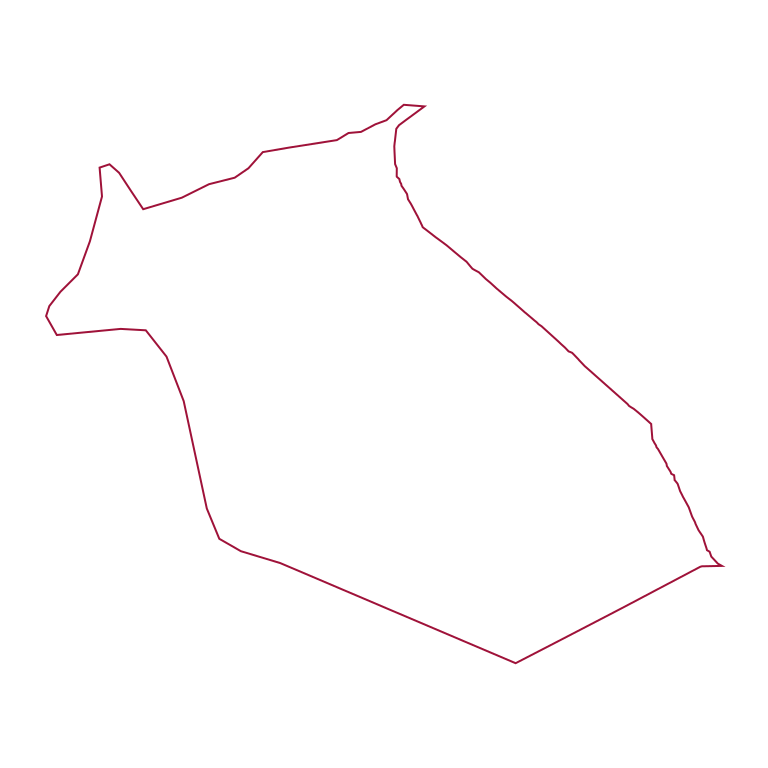 Keilak, South Kordufan, Sudan (orthographic projection)
{"feature_id": "16777658B16982967361933", "entity_name": "Keilak", "entity_type": "district", "adm_level": 2, "iso_a3": "SDN", "parent_name": "Sudan", "parent_adm1": "South Kordufan", "projection": "orthographic", "projection_center": [29.554, 10.642], "detail": "fine", "context": "isolated", "style": "outline", "palette": "rose", "viewbox_px": 768, "rotation_deg": 0, "n_neighbors": 0, "source": "geoboundaries", "source_scale": "gbopen_adm2", "svg_char_len": 2652}
<svg xmlns="http://www.w3.org/2000/svg" viewBox="0 0 768 768"><path d="M524.6,312.2L524.1,311.7L520.6,308.6L512.1,301.2L506.7,297.0L505.6,296.1L496.5,288.4L490.4,282.8L485.8,279.0L485.0,278.2L478.9,272.3L474.6,270.0L472.7,268.9L472.4,268.7L470.4,266.4L466.6,261.8L463.2,259.1L460.4,256.9L454.3,251.8L446.6,245.3L438.1,239.0L435.6,237.2L426.1,229.8L424.8,228.8L424.6,228.7L424.1,228.3L422.7,227.2L422.6,226.9L421.6,224.6L421.2,223.9L420.7,222.7L420.0,221.3L417.6,216.4L417.3,215.7L417.1,215.5L413.9,209.5L412.5,206.8L411.1,204.2L410.8,203.7L408.3,199.7L408.0,199.2L407.1,194.4L406.9,193.8L406.7,193.5L403.9,189.2L401.8,186.2L401.5,185.8L401.2,184.1L401.1,183.7L400.4,182.6L400.3,182.4L400.2,182.2L400.0,181.8L399.9,181.4L399.5,179.7L399.3,179.0L397.0,176.9L396.8,176.7L396.7,176.2L396.8,168.2L395.1,164.1L394.5,151.5L394.3,146.3L394.7,142.5L394.9,141.2L396.3,128.8L399.0,125.2L406.5,119.6L410.2,116.9L424.4,106.4L403.8,104.8L397.6,109.9L386.5,120.2L375.4,124.3L361.0,131.9L348.5,133.0L336.9,140.1L289.0,147.6L262.8,152.1L248.5,168.2L234.7,177.7L209.0,184.2L181.8,197.7L143.2,209.2L131.3,191.4L119.1,172.8L109.5,164.3L99.6,167.6L102.0,196.5L89.9,241.3L77.9,274.3L60.4,291.8L49.3,306.1L46.1,316.1L56.8,335.0L120.6,328.9L145.8,330.3L166.5,356.6L183.7,401.1L206.8,508.5L219.3,538.8L240.9,551.2L280.3,563.1L392.4,610.8L515.6,663.2L558.8,640.9L621.4,608.4L656.8,589.7L700.2,566.8L701.9,566.3L702.1,566.3L712.1,566.1L721.9,565.9L717.8,563.6L711.3,556.6L709.6,551.7L707.2,550.3L707.0,550.2L706.8,549.5L706.5,548.3L706.2,547.4L704.7,542.9L703.8,539.9L703.0,537.0L702.8,536.5L698.6,530.3L695.7,524.2L695.4,523.5L695.2,522.8L695.2,522.6L694.0,520.2L693.7,519.7L692.3,517.0L692.2,516.7L692.0,516.3L688.9,507.7L688.7,507.2L684.7,499.9L682.9,496.7L682.2,495.2L680.2,491.3L680.0,490.8L678.9,487.5L677.8,484.3L677.5,483.6L675.1,480.6L674.6,480.1L674.6,479.5L674.2,475.9L674.1,475.2L672.2,474.3L671.7,474.0L671.2,473.7L670.7,472.2L670.5,471.7L667.2,466.5L666.9,466.1L666.5,463.9L666.4,463.6L666.2,463.2L662.0,456.0L661.4,454.9L660.4,453.2L659.9,452.3L658.2,449.4L658.0,449.0L657.2,448.1L656.6,447.3L656.4,447.0L656.2,446.1L656.1,445.9L656.1,445.7L655.8,445.1L654.4,442.9L654.1,442.3L652.7,439.7L652.3,439.0L652.3,438.1L651.2,424.6L651.2,424.0L640.9,414.8L638.7,412.9L633.7,408.8L631.0,407.2L628.9,405.8L627.7,404.2L596.7,376.7L586.2,367.4L584.8,366.2L579.5,360.6L578.7,359.7L578.5,359.4L573.5,354.2L572.1,352.8L570.0,351.9L569.4,351.7L568.6,351.4L564.9,347.5L561.1,344.1L558.7,341.8L541.5,326.2L539.4,324.8L538.4,324.1L537.4,323.0L536.9,322.5L536.0,321.7L534.6,320.6L527.9,314.9L525.8,313.1L525.0,312.5L524.6,312.2Z" fill="none" stroke="#9f1239" stroke-width="2"/></svg>